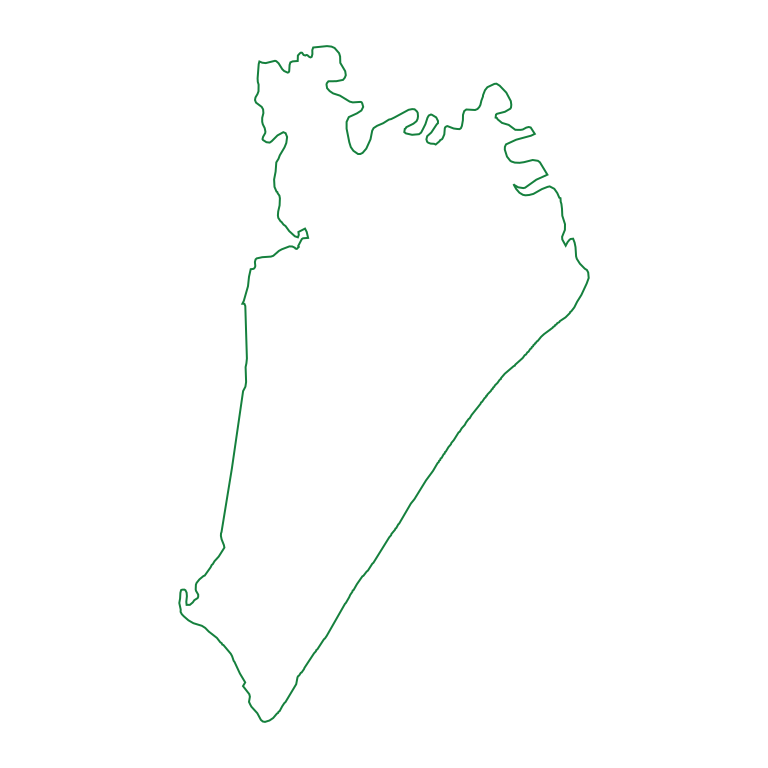 Maquival, Zambezia, Mozambique (Robinson projection)
{"feature_id": "85939544B65123265698186", "entity_name": "Maquival", "entity_type": "district", "adm_level": 2, "iso_a3": "MOZ", "parent_name": "Mozambique", "parent_adm1": "Zambezia", "projection": "robinson", "projection_center": [37.054, -17.825], "detail": "fine", "context": "isolated", "style": "outline", "palette": "green", "viewbox_px": 768, "rotation_deg": 0, "n_neighbors": 0, "source": "geoboundaries", "source_scale": "gbopen_adm2", "svg_char_len": 6065}
<svg xmlns="http://www.w3.org/2000/svg" viewBox="0 0 768 768"><path d="M179.3,603.0L180.7,609.6L180.6,611.9L181.8,614.2L183.8,616.3L188.4,620.3L193.4,623.2L201.9,625.8L205.2,627.9L208.8,631.6L216.9,637.9L220.3,642.3L221.6,643.1L222.3,644.6L223.4,645.0L230.8,653.8L232.1,656.2L233.7,660.9L234.5,661.9L239.9,673.5L245.2,682.4L243.0,686.1L249.3,694.2L249.9,696.7L249.0,701.9L250.1,704.3L251.4,706.7L257.3,713.2L260.9,719.9L262.8,721.5L265.0,721.9L269.5,720.5L273.2,718.0L276.9,713.6L278.1,712.9L278.5,711.8L279.7,711.0L282.2,706.3L284.4,703.0L285.4,702.2L296.2,684.2L297.5,677.3L298.1,676.2L299.2,675.4L300.8,672.8L301.6,672.5L304.0,669.1L304.5,667.8L314.1,653.2L315.9,651.3L316.2,650.2L317.4,649.3L323.9,639.3L325.0,638.4L326.7,635.9L345.0,603.8L345.9,602.9L349.2,597.2L350.2,594.9L352.4,591.7L352.7,590.5L353.6,590.0L356.9,584.2L362.4,576.3L363.4,575.8L366.7,571.5L367.9,570.6L372.3,563.7L373.4,562.8L389.3,537.2L391.1,535.2L391.4,534.0L395.1,529.6L395.4,528.6L396.3,528.0L398.3,524.3L399.1,523.7L410.9,503.5L414.4,499.2L426.0,480.4L433.0,470.9L437.7,462.9L438.6,462.3L439.1,460.8L440.2,460.0L440.6,458.5L441.7,457.8L443.6,454.3L444.6,453.6L444.9,452.2L445.8,451.6L448.4,447.2L450.9,444.3L451.4,442.9L453.8,440.1L458.6,432.4L459.7,431.7L461.7,428.3L464.8,424.9L466.1,422.4L468.7,418.9L469.6,418.4L471.6,415.0L480.6,403.7L481.0,402.5L482.1,401.8L484.6,398.1L485.6,397.4L486.1,396.1L487.0,395.6L487.3,394.6L491.1,390.7L491.7,389.4L492.6,388.9L493.2,387.5L494.2,386.8L494.9,385.4L497.5,382.9L499.8,379.6L500.8,379.1L501.1,378.0L504.8,373.7L513.7,366.1L514.8,365.7L515.2,364.7L522.8,357.9L524.7,355.2L526.0,354.5L527.4,352.3L528.4,351.8L530.3,348.9L531.3,348.4L531.8,347.1L533.0,346.3L533.6,344.9L534.6,344.4L535.1,343.3L536.1,342.7L536.7,341.5L537.7,341.0L541.2,336.7L544.2,334.0L552.7,327.7L553.3,326.8L554.6,326.2L555.2,325.0L556.5,324.4L557.2,323.2L559.2,322.2L559.9,321.1L565.5,317.4L569.8,313.1L570.2,312.0L571.2,311.4L574.3,307.4L577.1,301.8L581.4,294.9L586.7,283.5L588.7,278.0L588.2,272.5L586.9,270.0L584.8,268.7L579.9,263.7L576.8,258.8L576.1,256.4L575.5,247.1L574.6,242.6L573.1,238.7L570.6,239.0L569.5,239.8L567.6,242.1L565.7,245.7L562.3,239.5L562.1,236.8L564.9,229.9L565.0,224.2L562.3,215.7L562.0,208.8L561.4,203.9L560.7,201.7L560.5,198.2L559.3,197.7L557.3,193.1L554.3,188.8L549.7,186.4L547.5,186.9L541.9,189.1L533.4,193.9L529.1,195.0L525.4,195.3L522.9,194.8L519.4,192.7L516.2,189.0L514.1,185.3L513.5,184.1L514.1,184.9L518.2,187.3L523.3,188.1L525.1,187.7L536.3,179.7L547.4,174.7L539.9,162.3L537.9,160.8L532.7,160.0L523.9,162.2L519.6,162.8L514.8,162.6L511.4,161.5L510.2,160.7L507.0,156.6L504.8,149.6L504.9,146.9L506.0,144.4L516.2,139.7L531.0,135.7L534.8,133.9L530.7,127.5L528.7,127.0L526.3,127.6L522.8,129.5L520.5,129.9L515.3,129.8L508.7,124.9L502.0,122.9L497.6,119.3L496.9,118.0L495.6,117.6L496.0,114.6L497.0,113.8L504.9,111.8L510.3,108.7L511.0,107.5L511.3,104.8L510.8,101.1L506.3,92.6L499.7,85.7L496.5,83.7L494.4,83.9L487.4,87.2L485.0,90.2L483.0,95.3L483.0,96.4L481.4,100.6L480.4,104.9L479.3,107.0L477.5,109.0L475.1,110.0L466.3,109.5L464.2,111.1L463.0,114.9L462.9,120.2L461.9,125.9L460.9,128.2L459.6,129.1L457.4,129.0L453.7,128.5L447.4,126.1L446.4,126.4L445.2,127.3L444.8,128.3L444.3,134.4L442.8,137.9L442.1,139.1L440.0,140.3L439.6,141.2L435.7,144.5L434.1,143.8L430.6,143.6L428.2,142.7L427.1,141.7L426.4,139.3L427.2,136.2L431.3,132.5L436.8,124.2L437.9,123.3L438.0,121.0L436.2,117.4L432.1,114.9L431.0,114.5L428.8,115.5L427.5,117.7L425.4,124.2L423.0,129.0L421.1,132.6L419.0,134.2L412.1,134.8L405.9,133.4L404.3,132.1L404.8,128.9L405.6,128.5L406.3,127.2L413.4,123.7L416.5,121.2L417.6,118.9L418.0,116.3L417.7,112.8L416.9,111.4L414.6,109.3L412.2,109.1L408.6,109.8L394.4,117.5L391.1,119.1L388.9,119.6L383.2,123.2L377.1,125.8L373.6,128.1L372.2,130.7L370.5,139.3L366.3,148.6L362.6,152.9L360.3,154.0L358.0,154.0L353.4,150.8L350.8,147.1L349.3,142.3L346.6,128.7L346.6,121.9L348.8,117.1L356.9,113.4L361.4,110.5L363.2,106.9L362.2,103.3L361.5,102.2L360.5,101.9L352.8,102.4L349.7,101.6L339.9,95.6L333.1,93.4L329.7,91.1L327.1,88.2L326.5,84.6L326.8,83.3L328.4,81.3L336.3,81.2L343.0,79.9L344.8,77.7L345.8,75.2L345.2,71.2L340.3,62.9L340.1,56.5L339.1,53.2L334.6,48.0L331.5,46.6L327.0,46.1L313.2,47.5L312.3,50.1L312.4,54.1L311.7,56.8L310.6,57.4L309.4,57.0L307.4,55.2L306.3,55.0L305.4,55.5L303.6,55.0L302.1,52.8L301.0,52.6L300.0,53.2L297.9,55.5L297.7,61.0L292.6,61.4L290.4,62.4L289.6,64.9L289.2,71.2L288.6,72.3L287.6,72.6L284.1,71.0L282.2,69.1L278.6,63.3L276.3,61.2L275.0,60.8L265.7,63.1L262.2,62.7L259.4,61.5L258.7,64.1L257.6,78.4L257.8,81.9L258.6,84.6L258.5,91.3L257.5,94.0L255.5,97.4L255.0,100.0L256.0,102.6L261.7,106.9L263.1,109.4L263.4,113.1L262.2,117.9L262.2,121.8L262.8,124.3L264.7,128.1L265.4,131.6L265.2,133.1L263.1,136.8L262.5,139.1L263.0,140.0L266.4,142.2L269.7,142.6L271.6,141.3L277.5,135.4L283.3,132.2L285.6,133.2L287.1,137.0L286.3,143.0L284.5,147.4L279.8,155.3L278.5,158.8L276.3,162.4L275.6,171.7L274.1,179.5L274.5,186.9L276.5,191.6L277.3,192.0L277.7,193.3L279.4,195.6L279.9,198.3L279.6,205.4L278.2,211.5L277.9,215.4L278.3,217.9L280.6,221.4L281.4,221.8L283.5,224.6L285.5,226.0L289.2,231.1L294.9,236.3L297.9,237.3L298.8,234.8L298.4,232.0L305.0,228.6L306.7,231.9L308.1,237.9L303.0,238.3L301.8,239.1L298.2,246.0L298.8,246.9L296.8,248.9L295.5,248.6L294.8,247.7L292.3,246.5L289.4,246.4L281.8,249.3L278.9,250.9L273.3,255.8L270.9,256.6L262.2,257.2L256.7,258.4L255.6,259.4L254.9,262.0L255.3,266.0L255.0,267.1L254.2,268.4L253.3,268.9L250.7,269.2L249.0,276.8L248.0,286.2L243.8,300.9L242.4,303.7L244.4,303.8L245.3,306.0L246.9,358.5L246.4,363.3L245.6,367.1L246.1,382.0L245.4,386.7L243.1,391.1L231.9,468.4L221.5,532.1L221.0,533.4L220.9,535.9L221.6,539.3L223.9,545.1L224.4,547.6L218.7,556.6L214.5,561.2L212.8,564.1L211.7,565.0L210.6,567.3L204.7,575.6L203.5,576.0L199.4,579.4L196.6,582.9L195.9,584.7L195.7,589.5L196.0,590.8L198.2,594.6L198.2,596.8L197.6,598.1L194.3,600.2L192.8,602.4L189.8,604.9L186.6,604.9L186.3,601.8L186.9,596.2L186.6,592.6L185.4,590.2L184.3,589.6L182.1,589.7L181.1,590.1L180.4,592.8L180.1,598.4L179.3,603.0Z" fill="none" stroke="#15803d" stroke-width="2"/></svg>